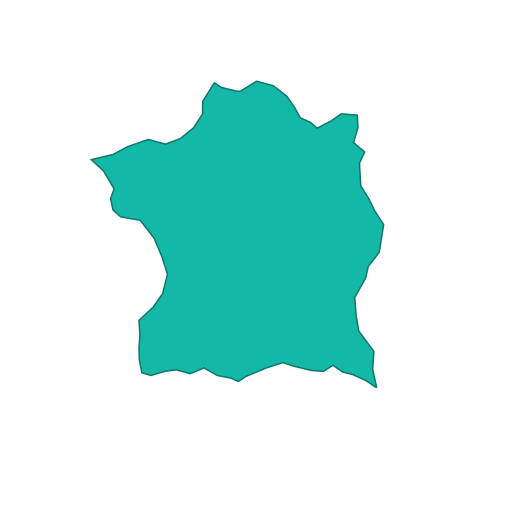 outline of Kidasi, Paphos, Cyprus, rotated 152°
{"feature_id": "46923920B63387456593082", "entity_name": "Kidasi", "entity_type": "district", "adm_level": 2, "iso_a3": "CYP", "parent_name": "Cyprus", "parent_adm1": "Paphos", "projection": "robinson", "projection_center": [32.711, 34.815], "detail": "fine", "context": "isolated", "style": "filled", "palette": "teal", "viewbox_px": 512, "rotation_deg": 152, "n_neighbors": 0, "source": "geoboundaries", "source_scale": "gbopen_adm2", "svg_char_len": 1139}
<svg xmlns="http://www.w3.org/2000/svg" viewBox="0 0 512 512"><g transform="rotate(152 256 256)"><path d="M211.9,83.9L211.1,83.6L206.1,101.4L196.7,116.3L200.5,141.4L195.8,155.8L188.3,173.0L169.5,185.1L161.9,194.0L145.5,201.4L128.6,223.7L130.0,240.9L129.5,253.0L130.5,268.9L121.1,289.3L111.2,296.8L116.6,310.3L105.8,321.4L100.4,332.8L113.9,341.5L126.4,340.0L142.0,340.2L145.1,348.4L152.0,357.0L152.2,369.2L153.8,382.7L160.5,397.5L160.9,398.3L173.6,410.1L192.6,408.8L196.3,411.1L207.5,421.2L211.5,428.4L212.9,427.7L230.5,417.5L236.5,406.5L251.0,398.5L267.8,395.2L283.5,397.3L296.4,409.5L318.0,412.8L334.6,412.8L356.2,418.4L350.8,403.0L350.2,393.1L349.9,381.8L354.0,378.1L357.4,375.0L360.7,363.7L357.1,354.1L350.0,348.5L341.5,341.9L337.6,319.3L339.4,299.7L342.7,281.5L356.2,266.6L370.7,259.2L389.6,254.1L395.6,240.7L402.2,230.3L407.7,219.3L411.6,206.5L404.9,199.9L390.6,196.9L380.0,193.0L369.3,183.0L354.4,181.5L346.2,168.6L335.6,160.1L330.4,153.5L321.3,154.4L299.3,152.3L282.3,149.3L275.0,141.5L260.7,128.8L250.7,122.5L239.4,123.4L234.2,113.2L226.3,105.9L217.5,94.5L211.9,83.9Z" fill="#14b8a6" stroke="#0f766e" stroke-width="1.5"/></g></svg>